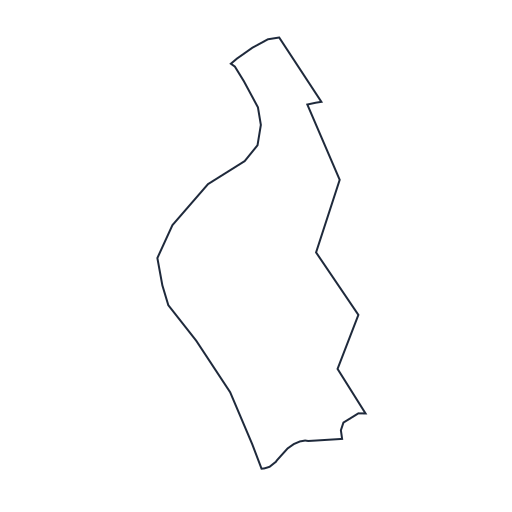 London Road, Vieux Fort, Saint Lucia (Natural Earth projection), rotated 258°
{"feature_id": "8701671B97252067164265", "entity_name": "London Road", "entity_type": "district", "adm_level": 2, "iso_a3": "LCA", "parent_name": "Saint Lucia", "parent_adm1": "Vieux Fort", "projection": "natural_earth1", "projection_center": [-60.943, 13.798], "detail": "fine", "context": "isolated", "style": "outline", "palette": "slate", "viewbox_px": 512, "rotation_deg": 258, "n_neighbors": 0, "source": "geoboundaries", "source_scale": "gbopen_adm2", "svg_char_len": 752}
<svg xmlns="http://www.w3.org/2000/svg" viewBox="0 0 512 512"><g transform="rotate(258 256 256)"><path d="M79.2,330.4L128.6,312.3L177.1,343.9L247.0,315.5L313.1,353.7L393.5,337.7L393.5,346.6L393.2,352.0L464.9,324.1L465.5,312.7L460.5,295.8L453.1,278.5L449.3,271.4L445.7,274.7L429.4,280.5L401.0,288.8L383.2,288.0L364.0,280.5L351.2,264.7L336.3,224.0L303.6,180.7L274.5,159.1L246.8,158.3L226.1,160.0L185.6,179.9L128.1,202.4L72.6,213.2L46.8,217.2L46.5,219.8L46.7,222.5L47.0,225.5L47.8,227.1L48.6,228.7L49.9,231.3L50.5,232.6L51.3,233.4L52.2,234.5L56.2,240.0L61.2,246.9L64.2,253.9L65.5,260.6L65.4,262.4L65.3,265.7L64.5,267.8L64.2,268.6L63.3,274.5L59.2,302.2L67.9,302.8L74.9,306.9L80.8,323.4L79.2,330.4Z" fill="none" stroke="#1e293b" stroke-width="2"/></g></svg>